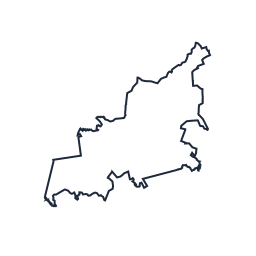 outline of Grundzāles pag., Smiltenes, Latvia, rotated 74°
{"feature_id": "27541924B22887271928522", "entity_name": "Grundzāles pag.", "entity_type": "district", "adm_level": 2, "iso_a3": "LVA", "parent_name": "Latvia", "parent_adm1": "Smiltenes", "projection": "albers", "projection_center": [26.243, 57.466], "detail": "fine", "context": "isolated", "style": "outline", "palette": "slate", "viewbox_px": 256, "rotation_deg": 74, "n_neighbors": 0, "source": "geoboundaries", "source_scale": "gbopen_adm2", "svg_char_len": 5650}
<svg xmlns="http://www.w3.org/2000/svg" viewBox="0 0 256 256"><g transform="rotate(74 128 128)"><path d="M109.8,155.7L111.8,154.4L113.6,153.4L115.4,152.7L117.5,152.2L118.9,153.9L118.8,154.2L118.6,154.5L118.0,154.9L117.7,155.0L117.1,155.7L117.6,156.1L117.3,157.2L120.2,158.5L121.7,157.2L121.9,157.5L121.5,161.3L121.6,161.8L121.4,162.3L120.7,163.2L119.3,163.9L119.3,164.7L119.4,165.2L119.4,165.4L118.7,165.6L118.7,166.0L119.1,166.6L118.4,167.0L118.0,167.5L118.9,168.2L118.9,168.4L118.8,168.9L118.9,169.3L117.8,169.9L117.2,169.8L117.2,170.1L117.6,170.8L117.3,171.0L116.7,171.1L116.5,171.3L116.7,171.5L117.4,171.4L117.6,171.6L117.5,172.0L118.1,172.4L117.7,172.7L117.4,172.5L117.2,172.7L117.4,172.9L117.0,173.3L116.7,173.4L116.3,173.3L116.1,173.5L115.9,173.6L115.9,173.8L115.7,174.1L116.2,174.5L115.7,174.4L115.8,174.6L116.9,175.3L117.2,175.7L119.0,177.3L120.9,178.3L120.5,176.0L122.9,175.3L123.1,178.2L141.6,180.9L138.0,208.6L139.6,208.8L171.5,227.0L171.8,226.9L171.8,226.7L172.4,226.7L172.6,226.4L172.8,226.5L172.8,227.0L173.0,227.0L173.3,226.8L173.4,226.5L173.2,226.0L173.8,226.0L174.0,226.2L173.9,225.8L173.9,225.7L174.3,225.7L174.3,226.1L174.5,226.3L174.9,225.9L174.8,225.4L175.4,225.2L175.5,225.0L175.3,224.6L175.9,224.8L176.1,224.8L176.1,224.3L176.4,224.2L176.6,224.6L176.8,224.6L177.0,224.0L177.4,223.9L177.7,224.0L178.0,224.0L178.1,223.8L178.1,223.4L178.4,223.2L179.1,223.6L178.9,223.8L179.3,223.7L179.4,223.2L179.6,223.0L179.2,222.9L179.4,222.6L179.7,222.9L180.0,222.5L180.3,222.6L180.2,223.1L180.4,223.2L181.1,222.6L181.3,222.2L181.1,222.2L181.3,222.1L181.8,222.3L182.2,221.5L181.8,221.5L181.9,221.3L182.3,221.2L182.1,220.7L182.3,220.5L182.5,220.5L182.5,220.4L182.3,220.2L182.2,220.1L182.6,219.7L182.8,219.9L182.7,220.1L182.8,220.1L183.0,219.8L183.1,219.4L182.9,219.4L182.9,218.7L182.4,218.7L181.6,219.1L180.7,219.4L177.6,218.6L176.5,219.7L174.2,218.8L172.7,218.9L172.1,218.3L171.6,217.1L172.0,216.3L172.1,215.2L169.7,205.9L169.9,205.3L170.2,204.8L171.8,202.8L174.7,201.4L175.8,200.1L175.7,199.0L175.1,197.7L175.1,197.4L178.3,197.1L181.0,198.0L182.9,196.5L182.4,195.5L179.2,195.7L179.1,195.1L179.2,194.3L178.6,193.8L178.6,193.1L177.7,192.6L177.2,192.8L176.4,192.4L177.4,190.1L178.3,189.9L179.2,189.5L179.5,189.5L179.8,186.7L180.5,185.5L180.9,185.1L181.7,185.1L182.2,184.6L182.4,183.5L182.4,182.8L182.1,182.4L182.0,181.7L181.7,181.1L181.4,180.1L181.2,179.4L181.3,178.9L181.0,178.3L181.1,177.3L181.8,176.1L182.7,175.5L185.1,174.6L185.3,172.8L185.2,172.6L185.6,172.5L187.2,171.0L187.8,170.8L190.4,170.8L191.3,170.0L191.2,169.9L185.0,165.1L183.2,163.8L182.2,159.5L179.8,158.4L175.1,157.7L171.0,160.3L170.3,161.2L170.0,161.1L166.1,155.9L165.8,155.4L165.6,155.3L172.5,152.1L172.6,149.0L172.2,147.7L171.2,145.5L170.5,144.3L169.9,139.8L177.8,140.3L178.1,139.0L177.5,137.2L178.8,136.7L180.2,137.3L180.6,138.4L182.9,136.5L183.7,137.1L184.8,137.1L185.1,136.9L185.0,136.7L184.4,136.0L184.5,135.8L185.6,136.3L186.3,136.2L186.6,136.0L186.9,135.6L187.0,134.7L187.4,133.8L187.5,133.6L187.3,133.0L187.2,132.8L184.4,131.8L184.3,130.1L189.9,129.0L189.0,125.6L181.0,127.7L181.8,92.6L181.7,92.4L181.6,91.9L181.5,91.5L181.8,91.0L181.6,90.6L181.8,90.0L181.7,89.5L181.9,88.4L181.9,88.2L181.3,87.7L181.2,87.4L181.2,87.0L181.2,86.9L179.7,86.5L179.5,86.2L179.4,85.8L179.0,85.5L179.1,85.4L179.2,85.0L179.1,84.6L179.2,84.2L179.4,83.8L179.5,83.1L179.9,82.8L179.6,82.3L179.8,82.2L181.4,81.7L181.8,81.4L182.5,80.3L182.3,80.0L183.4,79.2L184.6,79.1L186.0,78.5L186.8,78.4L186.4,76.8L186.5,76.2L186.2,75.6L185.9,75.7L185.7,74.9L185.3,74.6L185.5,74.0L185.2,73.5L185.3,72.6L185.1,72.2L185.4,71.7L185.9,71.6L186.4,71.8L186.5,72.2L188.1,72.3L188.4,71.9L187.2,71.4L186.6,71.0L186.7,70.3L186.2,70.2L186.0,69.7L184.8,69.9L184.9,70.4L184.7,70.9L183.9,70.5L184.0,69.8L184.1,69.3L183.3,69.5L183.2,68.7L182.8,68.9L181.2,68.9L180.1,68.7L179.9,68.4L179.3,69.5L177.7,70.4L177.4,70.7L176.9,70.5L176.1,70.8L175.3,71.6L174.4,72.1L173.8,73.3L173.4,73.7L171.4,75.1L169.5,73.2L173.4,71.6L171.0,69.6L166.8,67.9L164.3,71.4L159.6,73.5L158.7,77.2L158.1,76.7L155.1,80.5L153.7,79.5L145.5,73.4L145.0,73.3L142.9,77.2L140.6,76.2L137.7,69.8L138.4,65.6L139.8,59.0L140.1,58.7L145.7,58.1L146.1,57.8L146.6,56.0L146.9,55.6L147.4,55.3L148.7,55.1L149.6,54.8L150.0,54.3L150.4,53.3L151.7,52.1L151.0,51.4L140.1,53.5L135.6,55.8L134.8,56.2L134.8,56.3L133.6,56.5L132.8,55.9L128.4,54.5L125.6,53.4L124.7,49.4L122.4,48.8L122.5,48.7L118.4,47.5L116.0,47.1L111.1,45.7L110.4,47.1L106.2,49.9L105.4,53.8L101.4,52.9L100.9,52.6L100.5,52.5L100.3,52.7L92.1,50.9L91.2,49.6L90.6,48.5L89.8,44.2L88.8,44.4L88.8,44.7L87.7,43.6L87.2,37.5L83.1,38.0L81.9,36.1L81.0,32.4L80.6,29.1L78.3,29.4L76.0,29.0L76.0,29.9L73.7,30.7L71.8,30.5L71.9,35.2L69.5,35.5L66.1,37.3L65.7,37.7L65.1,38.7L64.7,39.1L64.7,39.3L67.4,40.6L69.0,41.9L69.4,43.7L70.3,45.2L70.6,45.4L71.9,45.6L72.4,45.8L73.9,46.9L74.0,47.1L73.6,47.9L73.8,50.3L73.9,50.5L74.4,50.7L75.3,50.8L76.9,52.0L77.7,52.3L78.7,53.5L80.0,54.4L80.3,55.7L80.1,56.8L80.4,58.2L81.9,59.6L82.0,61.1L81.3,62.0L82.7,66.2L83.8,69.2L84.6,70.1L85.9,70.2L86.6,70.9L85.8,71.6L85.2,72.7L86.1,74.4L89.4,77.0L89.4,79.6L89.8,82.7L93.1,87.3L92.1,89.0L89.5,92.9L87.8,98.1L86.1,101.4L84.6,102.3L83.0,103.7L82.5,104.1L82.2,105.0L86.9,106.6L90.0,111.8L93.2,114.4L94.2,119.1L103.6,123.0L104.5,123.1L105.7,124.1L106.4,124.4L107.0,124.4L113.6,126.9L115.0,126.8L115.8,127.9L117.0,128.6L117.2,129.1L117.3,129.6L117.0,130.1L116.9,131.5L115.7,137.7L117.0,140.5L116.9,142.9L116.7,143.4L114.8,145.4L113.3,147.7L111.4,147.8L111.4,148.4L110.6,148.5L110.8,149.0L110.5,149.6L110.1,149.9L109.7,151.1L110.0,151.5L109.7,152.0L109.4,152.4L109.3,153.0L109.0,153.6L109.2,155.2L109.8,155.7Z" fill="none" stroke="#1e293b" stroke-width="2"/></g></svg>